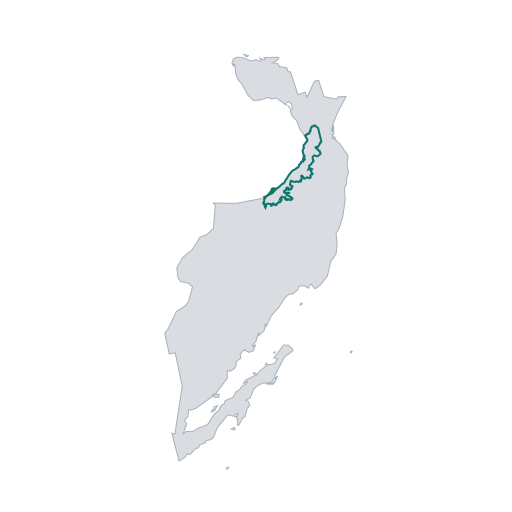 Veracruz highlighted on a map of Mexico, rotated 254°
{"feature_id": "MEX-2734", "entity_name": "Veracruz", "entity_type": "State", "adm_level": 1, "iso_a3": "MEX", "parent_name": "Mexico", "parent_adm1": "", "projection": "albers", "projection_center": [-96.92, 19.815], "detail": "fine", "context": "in_parent", "style": "outline", "palette": "teal", "viewbox_px": 512, "rotation_deg": 254, "n_neighbors": 0, "source": "natural_earth", "source_scale": "10m", "svg_char_len": 9565}
<svg xmlns="http://www.w3.org/2000/svg" viewBox="0 0 512 512"><g transform="rotate(254 256 256)"><path d="M80.0,125.5L108.9,126.3L107.3,129.0L151.2,149.2L185.3,151.7L185.7,145.6L206.8,147.0L210.3,151.6L224.5,164.1L227.6,174.1L230.2,178.1L243.8,186.5L248.4,183.7L252.1,176.5L256.3,175.0L266.4,176.6L274.6,184.9L279.9,196.7L289.5,207.5L290.0,214.3L294.2,222.7L315.8,230.8L318.7,229.6L312.1,251.2L309.7,277.2L310.7,282.8L316.4,290.3L315.2,294.3L315.6,290.2L310.8,283.9L312.3,289.7L318.1,302.0L327.6,313.7L329.8,321.0L336.5,328.4L334.6,328.2L338.5,330.0L337.2,328.9L344.3,329.8L349.4,332.3L353.9,337.1L365.7,333.2L374.5,332.5L380.2,329.5L386.3,328.8L387.6,329.8L387.2,331.3L392.2,332.2L395.5,329.7L394.5,325.9L392.9,326.9L393.3,326.1L402.2,319.4L402.6,314.2L405.1,311.1L404.8,302.6L406.3,296.3L413.0,292.4L425.0,289.9L430.2,287.5L436.1,286.7L446.0,288.4L446.7,286.9L444.1,287.0L447.4,285.8L451.5,288.4L452.4,292.1L450.7,297.2L444.7,305.3L444.7,310.4L441.7,313.7L442.3,314.8L445.2,314.2L442.3,317.6L442.4,318.9L444.4,318.4L441.2,331.4L440.2,332.7L438.0,329.9L437.3,325.0L434.6,330.2L431.7,330.7L428.3,337.5L424.0,337.7L423.7,339.8L399.6,340.8L399.9,348.6L394.4,348.7L407.9,360.2L407.7,364.6L390.5,365.2L384.6,376.4L386.4,379.1L384.5,386.5L371.7,374.3L361.5,366.2L355.4,363.1L354.7,363.9L360.4,366.7L351.6,364.3L352.1,362.3L349.8,363.1L348.4,361.3L346.8,363.3L349.7,364.2L345.3,364.7L340.9,367.5L327.0,372.1L318.0,368.5L310.4,367.7L305.3,364.4L300.2,363.0L297.1,359.7L284.8,357.0L269.6,350.1L259.8,343.6L255.7,339.2L245.5,337.4L235.9,333.5L230.0,326.3L216.9,319.0L210.3,309.5L208.2,303.7L213.6,301.3L212.8,298.8L210.5,297.9L214.3,293.8L214.9,288.7L212.1,286.8L209.6,281.5L209.9,276.9L208.2,272.6L200.8,264.3L194.6,254.5L184.7,245.7L187.6,247.4L187.9,245.7L182.4,243.6L178.7,236.9L181.6,237.3L173.8,232.4L172.8,230.2L169.7,230.8L169.3,229.8L171.8,227.4L167.7,229.1L165.5,227.1L165.3,222.8L168.4,219.3L169.4,220.1L167.7,216.1L165.3,213.5L161.9,213.3L160.0,208.0L155.9,206.5L153.6,204.1L152.3,199.5L153.6,196.7L146.4,194.7L134.9,179.3L134.5,175.8L132.7,174.5L126.1,156.1L125.9,150.7L126.9,149.0L120.2,146.1L118.8,143.1L116.7,141.9L114.1,143.3L105.3,137.0L106.6,140.6L104.8,147.1L106.4,152.6L107.2,162.8L115.9,172.7L118.5,179.0L119.9,178.8L120.5,180.7L121.9,181.1L122.9,185.1L125.5,186.5L126.4,194.9L131.0,199.4L132.3,204.2L134.5,205.9L135.7,211.5L137.6,213.0L136.8,208.8L139.4,211.4L141.8,224.3L144.7,228.2L148.3,237.6L147.4,241.4L148.1,244.9L151.5,248.5L153.1,245.2L162.8,257.9L161.5,262.3L157.1,265.2L154.7,265.4L151.0,255.3L135.4,240.8L133.9,240.9L130.9,236.5L130.4,233.6L131.9,227.6L130.9,221.7L128.8,217.3L121.3,211.5L120.1,206.4L118.4,208.4L114.3,208.9L111.6,205.3L104.5,201.1L103.6,198.0L98.5,193.3L98.1,191.8L103.8,193.2L107.2,192.3L107.1,193.6L109.8,195.3L109.0,191.9L107.7,191.5L111.1,185.1L101.5,171.4L93.2,164.9L91.9,162.0L92.3,157.3L90.3,155.6L90.1,150.3L87.5,147.7L87.4,144.5L84.1,139.2L83.6,136.8L85.0,135.4L82.5,133.1L80.0,125.5ZM134.4,179.4L133.2,182.5L130.4,181.2L132.0,176.4L133.7,176.1L134.4,179.4ZM122.8,177.7L119.0,173.8L118.3,170.1L120.2,171.5L120.5,173.5L122.6,174.2L122.8,177.7ZM450.9,303.9L449.8,302.9L450.2,301.4L452.9,300.0L450.9,303.9ZM130.7,240.5L128.0,236.9L130.3,230.3L129.3,236.3L130.7,240.5ZM96.8,188.5L94.6,187.8L96.5,184.4L97.2,187.1L96.8,188.5ZM60.7,172.2L59.1,169.7L59.6,168.7L60.2,168.9L60.7,172.2ZM133.2,240.9L134.8,243.7L131.2,240.8L133.2,240.9ZM198.3,286.2L197.9,287.3L197.0,286.8L196.6,284.8L198.3,286.2ZM149.6,235.3L150.2,237.4L148.4,234.6L149.6,235.3ZM143.4,221.0L144.5,222.0L142.7,223.7L143.4,221.0ZM138.4,321.8L137.6,322.0L136.5,321.1L137.6,320.0L138.4,321.8ZM390.5,328.7L388.4,329.3L392.0,328.0L390.5,328.7ZM158.8,247.9L157.8,247.6L157.7,245.6L158.8,247.9Z" fill="#d9dde1" stroke="#a8b0b8" stroke-width="1"/><path d="M310.5,280.5L310.6,282.4L310.7,282.9L312.7,286.5L314.0,288.1L315.0,288.9L315.2,289.1L316.1,289.7L316.4,290.3L316.4,290.9L316.0,292.3L315.4,293.4L315.2,294.3L314.9,293.3L314.4,292.0L315.1,291.5L315.3,291.4L315.5,291.5L315.7,291.1L315.7,290.6L315.6,290.4L314.2,289.3L314.0,288.9L313.4,288.2L312.8,287.3L312.5,287.1L312.0,285.5L311.7,285.3L310.5,282.9L310.5,283.2L311.3,284.9L311.4,286.6L311.7,287.5L311.8,288.7L312.0,289.3L313.1,291.1L313.3,291.4L313.7,291.5L314.1,291.3L314.0,292.3L314.1,292.5L315.0,294.5L315.3,294.7L315.4,295.2L316.1,297.3L317.9,300.7L318.2,301.4L317.9,301.7L318.5,303.0L320.0,304.8L321.3,305.7L321.5,306.3L321.6,306.5L322.9,307.9L323.9,308.9L324.2,309.4L324.7,309.7L325.1,310.5L326.0,311.6L326.9,312.9L327.6,313.7L328.2,315.5L328.4,316.7L328.8,318.3L329.4,319.1L329.5,319.4L329.3,319.7L329.4,319.9L329.7,321.2L329.9,321.4L331.5,322.6L331.8,322.5L332.4,324.2L332.7,324.7L333.0,324.8L333.8,324.9L334.3,326.6L334.8,327.4L335.6,328.0L336.4,328.2L336.8,328.5L336.8,329.0L335.9,328.3L335.1,328.1L334.7,327.6L334.4,327.6L334.1,327.7L334.4,328.0L335.1,328.3L335.2,328.5L336.1,329.2L336.1,329.3L335.9,329.3L335.3,329.1L335.2,329.2L335.4,329.6L335.5,329.7L335.9,329.6L336.2,329.5L336.3,329.3L336.5,329.3L338.2,329.7L339.0,330.3L339.2,330.1L338.7,329.8L337.8,329.5L337.1,329.1L337.1,328.5L338.0,329.2L339.0,329.6L340.2,329.7L344.2,329.7L346.0,331.0L346.4,331.7L346.7,331.8L349.2,332.2L349.5,332.4L350.4,334.2L351.6,335.5L352.3,336.8L352.8,337.1L353.8,337.4L354.8,337.2L355.3,337.0L357.2,336.7L358.1,336.4L358.3,337.0L358.6,337.1L358.7,337.8L358.9,338.1L358.7,338.3L359.0,338.6L359.0,339.1L359.3,339.4L359.0,340.0L359.0,340.9L359.2,341.1L359.5,341.1L359.7,341.4L360.4,341.6L360.7,341.9L360.8,342.6L361.3,342.8L361.8,342.8L362.0,343.3L362.8,343.4L363.5,343.8L363.9,344.3L364.4,344.9L365.0,345.2L365.1,345.5L364.8,347.2L364.9,347.5L365.1,347.6L365.5,347.8L365.1,348.6L364.9,348.9L361.8,351.0L347.7,350.3L347.3,350.0L347.0,349.1L347.2,348.9L347.1,348.6L346.9,348.3L345.9,347.9L343.5,345.3L343.7,344.6L344.1,344.4L344.2,343.5L344.1,343.2L343.7,343.2L343.6,343.3L343.7,343.6L343.2,343.4L342.8,344.0L342.1,344.2L342.0,344.5L341.2,344.6L340.9,344.7L340.6,345.2L340.2,345.3L339.5,345.7L339.5,346.0L339.1,346.0L338.9,346.2L338.1,346.1L337.3,346.4L336.7,346.3L336.3,346.0L334.9,342.9L334.8,342.6L335.0,342.0L336.0,340.9L336.3,340.3L336.6,339.6L336.0,338.3L335.8,337.9L334.1,337.3L333.7,337.4L332.5,337.2L332.2,337.6L331.8,337.6L331.5,337.5L331.4,337.4L331.4,337.1L330.9,337.0L330.6,336.8L330.3,335.7L330.2,335.5L329.9,335.1L329.3,334.7L328.9,334.2L328.6,333.7L328.2,332.1L328.0,331.9L327.7,331.8L326.2,331.4L325.8,331.1L324.9,330.4L325.2,331.7L325.3,332.2L325.1,332.6L324.9,333.0L324.0,333.9L323.3,333.0L323.2,332.3L323.1,332.0L320.8,332.5L319.9,333.0L319.7,332.9L319.3,333.0L319.2,332.9L319.0,332.7L319.3,332.0L319.2,331.8L318.9,331.4L318.8,330.9L318.7,330.6L318.0,330.4L317.7,330.3L316.9,330.5L316.5,330.3L316.2,329.6L316.0,328.8L316.1,328.4L316.6,328.0L316.8,327.6L317.5,327.3L317.0,324.3L316.9,323.9L317.0,323.6L317.6,323.4L318.3,323.1L319.1,323.3L319.4,322.9L319.7,322.9L320.0,322.8L320.7,321.9L320.6,321.7L319.8,321.4L319.6,321.4L319.0,321.6L318.3,321.3L317.8,321.2L317.5,321.1L317.0,320.2L316.3,320.4L316.0,320.0L315.4,319.9L315.2,319.6L315.3,319.5L316.0,319.5L316.2,319.3L316.3,319.1L316.2,318.9L315.8,318.5L315.8,318.2L315.4,317.8L315.5,316.8L315.6,316.6L315.9,316.6L316.3,316.2L316.5,315.4L316.6,314.6L316.5,313.4L317.2,312.2L318.5,310.8L318.7,310.2L318.5,309.9L317.4,309.5L316.6,309.1L315.5,308.4L315.3,308.3L314.4,308.6L314.1,309.2L313.7,309.7L313.4,310.1L313.0,310.3L312.8,310.1L312.6,309.3L312.4,309.3L311.7,309.4L311.2,308.6L310.4,308.1L310.4,307.9L310.6,307.3L310.5,307.0L310.5,306.4L310.4,306.0L310.5,305.8L311.1,305.8L311.5,305.5L312.0,306.1L312.4,306.1L313.3,304.9L313.2,304.6L312.9,303.9L312.1,303.5L311.4,303.6L311.1,303.5L311.2,303.3L311.4,303.0L310.9,302.0L310.9,301.1L310.4,300.6L309.6,300.6L309.2,300.5L308.9,300.7L308.9,301.4L308.5,301.6L308.4,301.8L308.3,302.3L308.0,302.5L308.2,303.0L308.2,304.0L308.0,304.7L307.5,305.2L307.2,304.6L307.2,304.4L307.5,303.9L307.5,303.6L307.3,303.3L307.3,302.7L307.1,302.6L306.8,302.6L306.5,302.2L306.1,302.4L305.7,302.8L304.9,303.8L303.2,305.8L302.6,305.4L302.5,305.6L302.2,306.2L301.9,306.7L301.4,306.9L301.0,306.8L300.6,305.9L300.2,305.3L300.1,305.0L300.6,304.5L300.8,303.5L301.0,303.2L301.9,302.5L302.1,302.0L302.2,301.5L301.5,301.7L301.3,301.7L301.2,301.6L301.2,301.4L301.3,301.2L302.1,300.9L302.2,300.4L302.0,300.0L302.1,299.8L302.5,299.7L302.8,299.8L304.2,300.4L304.6,300.4L304.5,299.3L304.6,298.9L305.4,297.8L305.6,297.7L305.9,297.0L305.8,296.9L305.5,296.7L305.4,296.5L305.1,296.3L304.9,295.9L304.4,296.3L304.0,296.3L303.9,296.0L304.2,295.3L304.1,294.7L303.9,294.6L303.8,295.1L303.6,295.4L303.0,295.9L302.8,295.9L302.3,295.6L301.7,294.8L301.3,294.6L301.2,294.4L301.3,294.0L301.9,293.1L301.0,292.5L301.0,291.4L300.8,290.7L299.7,290.1L299.4,289.6L299.6,289.3L299.5,288.9L299.6,288.5L299.8,288.3L300.3,288.4L300.5,288.2L300.4,288.1L300.5,287.9L300.9,287.9L301.0,287.8L301.5,287.5L301.8,287.0L301.8,286.8L301.4,286.7L301.4,286.2L300.8,286.2L300.4,285.8L300.4,285.5L300.7,285.4L300.6,285.1L300.9,284.8L300.9,284.7L300.3,284.9L300.1,284.8L300.1,284.4L300.8,284.5L301.0,284.4L301.5,284.5L301.7,284.4L301.9,284.4L302.2,283.6L303.0,282.1L303.2,281.5L303.2,281.1L303.1,280.8L302.9,280.5L299.8,278.4L301.1,278.1L301.7,278.2L301.9,278.3L302.1,278.2L302.6,278.5L302.9,278.3L303.0,278.6L303.7,278.7L303.9,278.6L304.0,277.7L304.5,277.8L305.2,277.6L305.4,277.7L305.6,278.3L306.5,279.1L308.2,279.4L308.9,279.8L309.0,280.0L308.8,280.3L308.8,280.5L309.4,281.2L309.6,281.2L309.8,280.9L310.5,280.5ZM312.1,287.2L312.8,287.7L312.7,287.8L312.3,287.8L312.0,287.3L311.8,286.7L311.7,286.1L311.9,286.3L312.1,287.2Z" fill="none" stroke="#0f766e" stroke-width="2"/></g></svg>